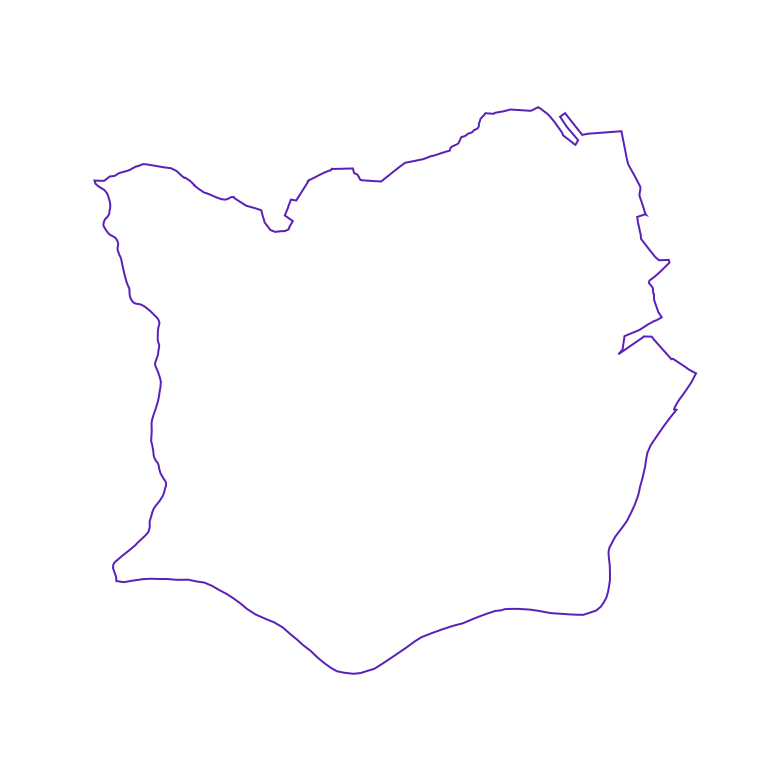 outline of Krustpils pag., Krustpils, Latvia, rotated 276°
{"feature_id": "27541924B89257742122528", "entity_name": "Krustpils pag.", "entity_type": "district", "adm_level": 2, "iso_a3": "LVA", "parent_name": "Latvia", "parent_adm1": "Krustpils", "projection": "mercator", "projection_center": [25.858, 56.572], "detail": "fine", "context": "isolated", "style": "outline", "palette": "violet", "viewbox_px": 768, "rotation_deg": 276, "n_neighbors": 0, "source": "geoboundaries", "source_scale": "gbopen_adm2", "svg_char_len": 6096}
<svg xmlns="http://www.w3.org/2000/svg" viewBox="0 0 768 768"><g transform="rotate(276 384 384)"><path d="M589.6,622.3L597.2,618.7L598.6,618.3L601.4,618.3L603.9,618.6L605.7,618.5L607.0,618.2L613.3,614.1L615.2,612.9L626.1,605.2L627.3,604.4L628.8,603.6L630.9,602.8L633.9,601.8L660.2,593.7L654.3,561.1L652.5,555.1L664.0,543.8L672.3,535.8L668.2,531.2L658.5,539.3L646.8,551.6L641.9,549.4L642.5,547.9L643.2,547.1L644.6,544.9L649.8,536.4L650.5,535.8L652.1,535.1L653.5,534.1L654.3,533.4L659.5,528.7L660.7,527.8L664.7,523.9L667.0,521.5L668.3,520.0L670.2,517.6L671.1,516.0L672.2,514.2L674.2,510.9L674.8,509.8L675.4,508.3L675.1,508.1L674.8,507.8L674.4,506.9L673.5,505.3L673.0,504.6L672.6,504.2L671.0,501.2L670.2,481.1L667.5,473.9L667.0,471.8L665.2,465.8L664.2,464.9L663.9,456.5L663.1,456.0L662.4,455.9L659.9,453.8L658.8,453.0L657.9,452.3L654.8,451.7L652.9,451.2L652.1,451.2L651.4,451.4L650.5,451.4L649.0,450.9L648.1,450.4L647.5,449.7L646.2,447.7L646.0,447.0L644.7,446.2L644.1,445.8L643.7,445.4L643.5,445.0L642.5,443.5L641.9,441.8L641.3,440.9L640.0,439.9L638.4,437.3L637.8,435.2L631.4,432.9L630.8,432.5L629.6,430.9L629.0,429.8L627.2,426.8L626.3,425.9L626.0,425.6L625.3,425.4L623.0,425.0L621.3,420.8L616.2,409.3L615.4,406.7L612.2,400.5L611.9,400.1L609.6,392.7L609.2,392.2L609.3,391.9L606.2,381.8L599.7,374.8L585.1,360.0L585.0,357.5L584.8,354.3L584.5,346.3L584.3,341.0L584.4,340.0L584.5,339.5L585.0,338.8L585.5,338.4L587.7,337.1L588.6,336.4L589.3,335.6L589.8,335.0L590.1,334.1L590.5,332.3L595.1,330.5L592.4,309.9L592.6,309.6L590.9,308.7L590.6,307.7L590.3,306.7L588.7,303.9L587.9,302.4L585.3,298.2L581.8,292.9L578.3,287.3L577.9,287.3L577.4,287.1L577.3,287.4L557.3,277.5L557.7,272.2L550.3,270.2L549.8,270.3L541.2,267.7L540.2,269.7L536.5,276.3L530.2,273.5L527.9,273.1L525.7,269.4L525.4,266.6L523.9,259.9L524.6,257.4L524.7,256.9L525.3,254.9L532.2,248.4L536.2,246.9L537.6,246.1L544.0,243.8L545.3,237.7L546.9,228.3L553.3,215.6L554.2,215.2L554.1,213.9L554.2,213.5L553.9,212.6L553.6,212.1L551.8,209.4L551.2,208.1L551.0,207.4L550.7,206.1L550.8,203.8L551.0,202.3L551.9,198.3L554.3,190.9L554.7,189.1L555.1,188.0L555.5,185.8L555.7,185.0L555.9,184.4L556.3,183.6L557.0,182.6L558.5,179.5L560.3,176.8L561.0,175.5L561.9,174.2L562.3,174.4L565.8,169.8L566.4,168.7L568.4,164.7L568.1,164.2L568.7,163.0L569.6,161.5L573.0,157.0L574.0,155.8L576.3,149.7L576.5,142.3L577.5,126.8L577.6,122.0L577.2,120.9L576.2,118.7L575.0,117.0L575.0,116.0L574.5,115.3L574.2,114.5L573.7,113.3L573.0,112.8L572.4,111.6L571.7,110.6L570.7,109.4L569.2,106.5L567.0,100.9L566.0,98.4L563.1,94.7L562.8,94.1L562.1,91.5L561.8,89.7L561.7,89.5L556.8,84.5L556.4,79.8L556.2,76.7L556.1,74.8L553.9,75.7L552.8,76.4L551.7,77.9L550.5,79.7L548.3,84.5L547.6,85.7L546.3,87.1L544.8,88.5L542.4,89.9L536.3,92.4L533.8,93.0L532.0,93.2L529.7,93.2L527.2,92.9L525.5,93.0L524.1,92.8L522.8,92.3L520.6,90.9L519.2,89.7L518.2,89.1L517.0,88.8L514.7,88.3L512.9,88.3L511.7,88.7L509.8,90.0L506.6,92.6L504.4,95.0L503.6,96.1L502.4,99.4L501.7,100.9L500.8,102.1L499.8,102.9L498.0,104.1L496.8,104.6L495.5,105.0L493.7,105.0L491.8,104.8L490.4,104.9L488.9,105.3L485.0,107.2L482.6,108.7L480.4,109.7L474.2,111.6L463.5,115.3L459.5,116.9L457.1,118.0L455.0,119.1L453.0,120.4L451.1,121.0L446.8,121.6L444.4,122.2L442.4,123.3L440.8,124.4L439.3,125.7L438.3,127.5L437.9,129.6L437.9,132.3L437.3,134.8L436.1,137.7L432.3,143.7L426.4,151.1L425.2,152.3L423.5,153.4L421.9,154.1L420.3,154.3L416.5,153.7L413.0,153.6L404.4,154.3L402.3,155.0L399.3,156.3L398.1,156.5L395.8,156.3L389.3,156.1L386.2,155.4L381.7,154.3L380.2,154.2L378.8,154.5L377.2,155.2L372.0,158.2L365.8,160.9L362.7,161.9L357.7,162.0L352.1,161.6L348.3,161.5L343.2,161.0L336.3,159.7L329.6,158.1L324.8,157.2L321.3,156.9L317.4,157.3L313.5,157.9L306.7,158.2L303.0,158.4L298.6,160.0L293.0,161.6L289.3,162.3L286.9,163.2L285.0,164.3L283.5,165.5L282.1,167.0L279.8,168.3L275.8,169.4L271.8,171.1L267.1,174.4L265.1,176.2L263.3,177.4L262.1,177.7L260.3,177.8L252.1,176.4L249.8,175.8L244.1,173.0L240.0,170.3L236.4,168.2L232.5,167.0L229.2,166.5L222.8,165.3L217.2,166.0L213.0,165.3L211.6,164.8L208.5,162.6L201.1,156.1L197.4,153.3L190.6,146.6L185.0,140.9L178.3,134.6L175.5,133.6L172.5,133.8L164.9,137.4L163.3,137.9L160.1,138.4L159.7,145.9L162.4,155.5L164.7,164.6L166.0,172.6L166.6,181.4L167.4,189.0L167.6,198.3L168.9,209.9L168.0,219.0L167.7,226.2L165.4,233.8L161.8,241.8L158.7,249.5L155.2,256.5L150.8,264.1L145.9,271.4L141.4,280.3L138.4,289.6L135.4,299.8L131.4,308.6L125.5,316.9L120.9,324.0L116.1,330.5L111.0,338.8L104.5,347.2L100.0,354.1L96.2,360.8L93.4,367.2L92.7,374.4L92.6,383.9L94.1,391.0L97.2,398.0L99.7,404.1L106.5,412.7L111.4,418.6L117.9,426.3L124.4,434.0L131.0,441.2L136.2,447.8L141.4,457.9L146.1,467.6L150.5,477.4L154.3,487.5L158.6,495.2L162.5,502.6L166.5,510.7L170.0,518.6L171.2,524.3L172.7,527.6L173.8,535.2L174.4,541.4L174.9,553.1L174.6,560.1L174.1,566.9L173.6,573.5L173.8,580.0L174.1,587.0L174.3,593.3L174.7,600.1L175.3,606.4L180.8,618.6L185.2,622.9L189.2,625.1L194.8,627.5L201.2,628.6L207.1,629.0L212.8,629.2L220.4,628.4L227.7,627.4L233.2,626.1L238.4,625.1L241.4,624.9L244.7,625.3L256.1,629.8L267.0,636.4L273.6,640.1L281.9,643.2L289.8,645.9L300.2,648.5L308.6,649.4L317.4,650.9L328.5,652.3L336.8,652.6L342.9,653.1L350.9,655.6L361.8,661.4L371.1,666.5L379.4,671.4L388.9,677.5L389.0,675.8L389.0,675.3L389.1,675.1L389.3,675.1L390.6,675.6L391.3,675.6L396.3,677.8L399.7,679.5L405.1,682.7L409.8,685.3L413.6,687.3L417.5,689.4L427.2,693.2L428.9,688.7L430.7,684.8L432.1,682.5L434.1,678.7L439.3,668.7L438.7,667.2L446.4,658.8L456.9,647.2L459.1,645.4L458.4,637.3L457.2,636.3L438.1,614.0L442.9,617.5L445.9,617.8L456.7,618.2L458.9,622.1L464.2,632.0L471.1,640.7L474.0,645.0L474.6,645.6L475.6,647.8L477.1,650.1L479.4,653.2L484.2,649.3L495.9,643.8L501.5,643.1L502.1,642.4L507.9,641.2L512.2,636.8L514.6,637.2L519.3,642.2L524.7,647.1L534.5,655.2L537.2,654.2L535.8,644.5L538.7,640.4L544.7,634.5L552.9,626.7L555.0,624.6L556.5,624.2L559.7,623.6L563.2,622.3L566.3,621.4L570.5,619.9L576.1,618.5L576.6,618.3L579.1,623.9L579.6,624.8L579.8,625.5L579.9,626.0L579.9,626.6L579.8,626.9L580.5,626.3L581.2,625.9L582.0,625.5L589.6,622.3Z" fill="none" stroke="#5b21b6" stroke-width="2"/></g></svg>